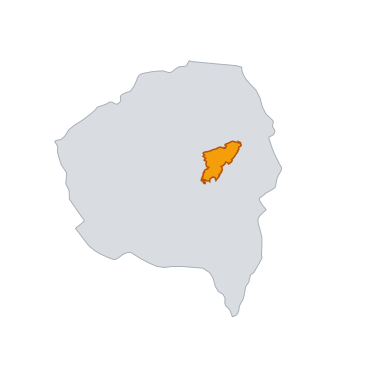 Insiza, Matabeleland South, Zimbabwe (highlighted), rotated 233°
{"feature_id": "62879985B6112756891378", "entity_name": "Insiza", "entity_type": "district", "adm_level": 2, "iso_a3": "ZWE", "parent_name": "Zimbabwe", "parent_adm1": "Matabeleland South", "projection": "mercator", "projection_center": [29.319, -20.268], "detail": "fine", "context": "in_parent", "style": "filled", "palette": "amber", "viewbox_px": 384, "rotation_deg": 233, "n_neighbors": 0, "source": "geoboundaries", "source_scale": "gbopen_adm2", "svg_char_len": 5922}
<svg xmlns="http://www.w3.org/2000/svg" viewBox="0 0 384 384"><g transform="rotate(233 192 192)"><path d="M261.8,306.9L258.9,304.9L254.9,303.6L249.8,303.0L243.3,303.3L235.2,304.4L226.5,303.0L217.3,299.3L209.6,298.0L200.4,299.6L200.0,299.7L198.4,298.4L195.9,295.7L191.7,295.2L190.6,294.6L189.7,293.6L189.0,292.3L188.8,290.9L189.5,286.4L189.1,285.9L188.0,285.4L185.7,284.8L180.2,282.8L173.3,280.9L162.0,278.7L157.6,278.2L156.6,277.5L155.4,275.9L153.2,270.8L151.2,267.4L146.3,262.2L145.6,260.6L145.8,256.5L146.2,253.2L146.7,250.4L146.4,247.8L146.4,244.5L146.5,242.3L145.9,241.4L144.1,240.7L139.1,240.4L133.1,240.5L132.9,237.2L132.3,232.1L131.2,229.1L129.8,227.6L127.0,226.0L121.4,223.8L113.7,220.5L107.2,215.6L99.7,209.4L97.3,208.4L94.6,202.6L90.4,192.8L90.6,189.6L90.0,188.0L85.9,183.2L85.0,180.7L84.3,178.2L77.8,171.1L75.5,168.1L73.8,164.1L72.2,161.0L70.8,159.7L68.9,157.6L67.6,155.2L67.0,153.3L67.5,150.9L68.1,149.2L74.3,151.0L77.7,151.1L80.4,150.3L83.6,151.4L87.5,154.6L91.8,155.2L96.4,153.2L102.6,153.8L110.5,157.0L117.0,157.6L124.7,154.8L131.6,147.0L138.1,139.7L144.5,131.3L148.4,124.5L154.0,119.0L161.4,114.8L169.0,111.2L180.6,106.8L182.9,103.2L183.7,99.3L183.7,93.8L184.3,90.2L185.5,88.6L187.4,87.4L189.9,85.7L197.5,81.6L203.9,78.9L211.7,77.2L220.2,77.1L228.5,77.1L233.1,77.1L233.2,82.4L233.6,88.3L234.5,88.9L240.7,89.0L250.6,89.4L260.1,89.8L266.2,94.1L268.3,95.0L274.6,96.2L282.7,103.4L292.5,104.0L299.2,106.3L305.1,108.7L308.5,111.7L310.7,112.4L313.6,112.6L315.1,112.9L314.8,115.0L312.8,118.6L313.1,123.8L315.8,131.0L316.1,137.2L315.3,148.3L315.3,159.0L315.6,162.8L316.1,165.4L316.6,166.8L316.5,168.4L314.9,172.9L313.6,177.6L313.6,179.5L313.1,180.8L312.1,182.0L307.8,184.2L307.1,185.6L307.1,188.1L307.7,190.1L309.3,190.9L311.2,192.1L311.9,193.6L311.9,195.2L311.3,198.3L309.6,203.3L311.3,209.1L313.2,212.8L315.9,217.1L317.0,219.8L316.9,221.8L316.5,223.6L312.6,231.6L309.7,236.5L306.2,241.8L301.6,245.1L300.5,246.7L300.0,248.6L300.2,252.5L299.9,256.7L296.0,263.1L298.5,268.7L297.9,269.2L296.6,270.0L290.9,276.2L285.2,282.5L281.0,287.1L276.2,292.4L270.9,298.3L266.3,303.3L261.8,306.9Z" fill="#d9dde1" stroke="#a8b0b8" stroke-width="1"/><path d="M187.8,222.7L188.3,223.0L188.8,223.3L188.9,224.0L188.9,224.4L189.6,224.2L189.8,225.8L190.1,227.6L191.0,227.8L191.1,229.2L193.4,230.7L195.0,230.7L194.5,231.8L194.4,232.7L194.3,233.2L194.7,234.0L194.5,235.1L194.6,235.3L195.1,236.0L195.7,237.1L194.0,238.0L192.2,238.2L192.2,238.4L192.2,238.6L192.3,238.6L192.5,238.7L192.4,238.8L192.4,239.2L192.5,239.4L192.5,239.5L192.6,239.8L192.4,239.9L192.4,240.1L192.4,240.3L192.3,240.5L192.3,240.8L192.3,241.0L192.3,241.3L192.4,241.6L192.5,241.7L192.4,241.8L192.4,242.0L192.5,242.2L192.7,242.4L192.9,242.8L193.2,243.2L193.4,243.2L194.2,243.3L194.1,243.5L194.1,243.9L194.1,244.0L194.1,244.5L194.3,244.9L194.2,245.1L194.3,245.2L194.4,245.6L194.5,245.9L194.5,246.2L194.6,246.4L194.6,246.5L194.7,246.9L194.7,247.1L194.8,247.5L195.0,247.8L195.1,248.1L195.2,248.5L195.3,248.7L195.4,248.9L195.8,250.1L196.0,250.5L196.0,251.0L196.2,251.4L196.3,251.7L196.3,251.8L196.5,252.0L196.6,252.3L196.6,252.5L197.0,252.9L196.9,253.0L197.0,253.2L197.3,253.4L197.5,253.5L197.6,254.0L197.6,254.3L197.6,254.5L197.8,255.1L198.0,255.2L198.3,255.2L198.5,255.3L198.8,255.4L199.0,255.6L199.1,255.8L199.3,255.9L199.5,256.1L199.7,256.5L199.7,256.8L199.6,257.1L199.4,257.3L199.4,257.5L199.5,258.3L199.4,258.7L199.5,258.8L199.7,259.0L199.8,259.1L199.8,259.3L199.8,259.5L202.4,260.4L203.9,259.6L204.1,259.5L204.3,259.4L203.0,259.0L203.8,258.4L204.0,258.3L205.7,256.8L207.1,255.9L208.3,254.7L208.5,253.8L208.6,253.2L208.8,252.5L208.9,251.6L209.0,251.2L209.1,250.7L209.2,250.0L209.3,249.8L209.4,249.2L209.6,248.9L209.7,248.6L210.0,247.1L209.9,247.0L209.7,246.8L209.6,246.6L209.3,246.6L208.9,246.8L208.4,246.9L207.8,247.0L207.7,246.8L207.5,246.4L207.1,244.8L207.7,244.7L208.2,244.5L207.9,244.0L207.7,243.8L208.0,243.6L209.7,242.5L210.8,241.8L211.0,241.2L211.2,240.3L211.8,239.7L211.8,239.4L211.8,239.0L211.8,237.5L212.1,236.7L212.4,236.0L212.4,235.9L212.6,235.6L212.9,234.9L213.3,233.9L213.6,232.6L213.7,232.3L213.7,231.5L214.1,230.8L214.1,230.5L214.5,229.6L215.1,228.3L215.3,227.8L215.6,227.3L215.9,226.9L216.3,226.2L216.4,224.3L216.1,224.3L215.5,224.2L215.1,224.2L214.9,224.2L214.6,224.2L214.3,224.1L214.0,224.2L214.0,223.6L214.0,223.3L214.0,222.6L213.9,222.5L213.9,222.3L212.5,222.6L212.4,222.6L211.3,223.1L211.1,223.2L210.8,223.2L210.6,223.2L210.4,221.7L210.1,220.9L209.6,221.0L209.3,221.1L208.2,221.8L207.8,221.9L207.5,221.9L207.0,221.3L206.4,220.2L205.7,219.9L205.4,219.7L204.9,219.5L204.4,219.4L203.5,218.9L202.6,219.5L201.6,220.3L201.5,219.9L201.2,218.8L201.2,218.3L201.3,217.9L201.6,217.5L201.5,217.4L201.6,216.7L201.6,216.4L201.7,216.2L201.8,215.9L201.8,215.7L201.7,215.6L201.4,215.5L201.5,215.5L201.6,215.4L201.6,215.2L201.4,214.9L201.3,214.6L201.2,214.5L201.3,214.5L201.3,214.4L201.3,214.2L201.2,214.1L201.2,213.9L200.9,213.7L200.7,213.6L200.4,213.5L200.3,213.4L200.2,213.2L199.9,213.1L199.9,212.9L199.9,212.7L199.9,212.4L199.7,212.3L199.8,212.3L199.8,212.2L199.7,212.1L199.7,211.9L199.8,211.9L199.7,211.8L199.6,211.7L199.4,211.5L199.3,211.4L199.2,211.4L198.8,211.2L198.6,211.1L198.4,211.0L198.4,210.9L198.5,210.8L198.4,210.7L198.2,210.5L198.2,210.4L198.0,210.1L197.8,210.0L197.8,209.9L198.0,209.7L197.9,209.6L197.7,209.4L197.4,209.3L197.3,209.1L197.3,208.9L197.3,208.7L197.3,208.4L197.3,208.2L197.1,208.0L197.0,207.9L196.9,207.7L196.7,207.5L196.5,207.4L196.4,207.2L196.2,207.0L196.2,206.9L196.1,206.7L195.9,206.5L195.8,206.4L195.7,206.4L195.8,206.5L195.2,208.1L193.8,207.0L191.7,206.7L191.6,206.8L191.5,207.0L191.4,207.1L191.2,207.3L190.9,207.4L191.0,207.7L191.3,208.2L192.4,208.3L194.6,209.3L192.0,210.5L190.5,212.3L189.6,212.4L191.6,214.2L191.6,216.5L191.1,217.6L191.4,217.8L190.6,218.3L189.8,219.1L189.7,219.1L188.3,218.6L188.2,218.5L186.8,218.0L188.0,222.2L187.9,222.3L187.8,222.6L187.8,222.7Z" fill="#f59e0b" stroke="#b45309" stroke-width="1.5"/></g></svg>